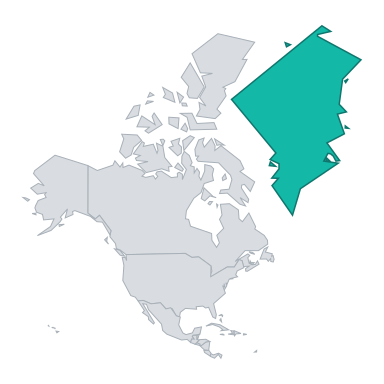 Greenland on a map of North America (Mercator projection)
{"feature_id": "GRL", "entity_name": "Greenland", "entity_type": "country or territory", "adm_level": 0, "iso_a3": "GRL", "parent_name": "North America", "parent_adm1": "", "projection": "mercator", "projection_center": [-41.68, 71.708], "detail": "coarse", "context": "in_parent", "style": "filled", "palette": "teal", "viewbox_px": 384, "rotation_deg": 0, "n_neighbors": 17, "source": "natural_earth", "source_scale": "50m", "svg_char_len": 8822}
<svg xmlns="http://www.w3.org/2000/svg" viewBox="0 0 384 384"><path d="M126.1,254.6L120.2,250.0L116.4,248.6L115.5,243.6L109.9,236.7L111.0,230.7L99.5,215.3L95.3,218.9L87.8,213.1L87.9,165.6L97.3,170.5L112.9,165.2L114.9,160.8L120.0,167.0L122.8,162.9L123.0,167.5L129.0,165.1L142.1,170.4L145.0,173.4L142.0,176.2L145.8,177.4L153.3,175.7L155.5,179.1L157.8,176.3L155.7,173.9L157.0,171.9L161.3,171.1L171.2,177.6L177.5,176.9L177.3,173.3L179.2,172.3L182.4,174.3L182.4,179.6L186.4,169.5L181.7,163.3L181.9,156.3L184.3,151.4L189.3,155.5L192.1,162.7L190.3,165.7L194.2,166.9L194.2,172.9L197.0,168.4L199.5,172.1L198.9,176.3L200.9,180.1L204.7,171.1L204.8,164.6L210.9,166.0L213.7,168.9L212.3,174.9L213.5,180.5L204.2,183.5L201.0,192.6L193.8,198.3L186.4,210.6L185.5,218.8L188.6,219.4L190.5,226.2L211.6,233.5L211.9,240.3L216.6,247.4L219.4,242.8L216.8,235.3L223.7,228.3L219.5,219.4L222.0,215.0L220.4,204.3L229.4,203.7L238.4,209.9L239.0,218.7L242.4,221.7L248.9,213.0L255.6,226.6L254.8,229.0L264.2,235.4L267.5,240.3L267.7,244.2L258.5,250.6L245.1,250.6L235.2,261.5L247.9,253.9L249.8,255.5L247.8,257.6L249.1,263.3L251.9,264.8L255.4,264.4L257.5,260.9L259.0,264.2L247.3,271.3L245.7,271.1L245.6,268.6L249.2,266.1L243.5,266.6L242.1,260.7L239.1,259.6L234.3,267.0L227.2,267.0L211.3,276.7L209.8,275.8L211.9,271.2L211.0,266.0L198.7,256.9L191.9,257.4L185.2,253.4L126.1,254.6ZM208.0,203.7L209.6,201.5L212.5,201.6L209.9,205.0L208.0,203.7ZM216.9,145.3L214.6,138.8L224.3,145.1L219.8,144.8L216.9,145.3ZM217.1,207.3L216.6,204.0L218.0,205.0L217.1,207.3ZM187.7,128.7L186.6,131.9L180.9,129.2L185.1,123.2L187.7,128.7ZM187.2,106.1L182.3,105.8L181.8,103.0L186.0,103.2L187.2,106.1ZM177.1,92.2L183.6,97.1L179.9,102.9L177.1,92.2ZM216.8,129.2L190.2,129.9L187.1,117.3L180.3,113.4L191.9,113.2L197.0,123.5L214.0,122.6L216.8,129.2ZM147.4,100.9L153.5,101.4L145.7,104.1L147.4,100.9ZM150.0,92.4L153.9,95.1L147.8,97.2L150.0,92.4ZM267.8,247.0L265.3,252.0L272.3,253.8L271.7,256.2L273.1,255.6L274.1,259.3L273.2,262.0L270.8,261.5L270.7,258.6L268.3,261.3L266.5,259.0L260.1,259.1L264.1,249.0L267.8,247.0ZM204.0,187.8L213.1,196.5L216.2,197.7L209.9,195.9L204.8,200.9L201.2,198.6L204.0,187.8ZM214.8,150.5L221.0,145.7L240.0,160.6L243.9,168.8L240.0,171.5L254.7,181.9L250.3,191.5L244.4,184.4L241.7,185.1L241.4,188.0L248.7,199.3L248.0,202.6L240.1,197.6L245.6,206.0L239.9,204.2L227.3,193.1L219.5,193.6L220.8,190.0L229.1,189.2L231.9,179.6L230.5,175.2L218.6,162.8L198.1,161.3L196.4,159.1L198.6,156.1L195.6,156.1L194.9,149.3L198.7,140.0L204.1,138.0L202.6,142.7L204.2,147.2L211.5,138.4L215.1,145.9L214.8,150.5ZM182.6,140.7L190.2,135.7L194.3,137.6L183.9,150.5L182.6,140.7ZM126.1,119.1L134.0,106.2L140.1,104.9L138.2,115.4L126.1,119.1ZM104.6,239.8L107.3,237.3L106.7,241.3L108.5,244.1L104.6,239.8ZM162.7,87.4L172.5,93.0L174.9,102.3L163.3,97.5L165.4,94.3L162.7,87.4ZM124.7,256.2L120.2,255.2L114.5,248.8L120.0,250.4L124.7,256.2ZM121.7,134.2L137.2,135.0L141.6,140.4L133.7,147.3L131.1,155.0L125.6,158.2L119.6,151.8L123.8,138.9L121.7,134.2ZM154.1,113.0L162.2,124.6L148.5,133.2L145.0,130.8L149.4,127.2L136.9,126.8L141.8,115.9L155.1,124.7L152.1,116.3L154.1,113.0ZM156.5,143.2L162.9,146.2L164.8,157.6L172.0,166.4L168.5,166.9L169.1,171.3L161.7,168.8L146.2,172.6L137.7,164.1L148.1,161.6L136.5,160.5L135.4,158.1L140.3,155.5L133.3,153.9L142.2,141.6L144.4,143.0L143.3,146.4L153.3,144.2L157.0,153.3L158.0,150.5L156.5,143.2ZM173.3,146.0L171.0,141.3L179.8,138.3L178.4,144.0L181.5,147.0L181.2,153.2L177.7,155.8L169.0,147.4L173.3,146.0ZM160.3,139.5L163.2,139.2L164.8,140.8L162.9,145.6L160.3,139.5ZM168.8,117.2L179.0,117.9L178.1,128.6L169.0,123.9L168.8,117.2ZM181.2,77.3L190.2,62.9L204.2,87.0L197.4,98.4L189.3,97.8L187.0,93.5L188.7,86.5L181.2,77.3ZM192.0,53.7L217.9,33.7L254.7,42.2L242.4,59.5L247.0,59.4L235.0,81.6L222.9,87.2L225.8,88.6L224.4,90.6L226.1,95.9L216.9,109.1L220.9,113.2L215.2,118.6L196.4,116.0L200.0,109.4L199.0,102.4L205.9,106.0L199.6,97.5L205.7,86.9L201.8,76.1L212.5,73.4L200.4,72.8L192.0,53.7ZM226.5,178.7L222.8,180.6L222.2,177.9L225.1,174.0L226.5,178.7ZM178.0,163.0L183.4,169.2L182.1,171.3L174.7,167.5L178.0,163.0ZM249.0,251.8L252.5,252.4L254.8,254.3L251.0,253.3L249.0,251.8ZM250.1,260.8L250.8,262.3L254.3,262.7L252.5,264.1L249.8,262.8L250.1,260.8Z" fill="#d9dde1" stroke="#a8b0b8" stroke-width="1"/><path d="M126.1,254.6L185.2,253.4L191.9,257.4L198.7,256.9L211.0,266.0L210.7,276.7L227.2,267.0L234.3,267.0L239.1,259.6L242.1,260.7L243.9,267.6L237.2,270.9L235.7,274.8L237.6,276.8L229.7,278.7L233.4,278.7L229.2,279.2L227.1,284.2L225.8,282.7L226.8,285.7L225.0,288.8L224.1,283.6L224.1,286.5L222.8,286.1L225.4,293.2L213.6,303.6L216.3,314.6L215.6,318.5L212.8,317.0L208.6,307.3L205.6,308.0L202.9,306.1L196.2,306.7L196.6,309.2L185.4,308.4L180.3,312.3L179.5,317.0L176.3,315.8L172.2,308.6L165.9,308.9L160.5,302.8L151.0,303.8L143.2,300.4L138.1,300.9L135.2,297.1L130.8,295.6L122.8,280.5L123.9,265.4L122.2,257.2L125.5,257.7L126.6,260.6L126.1,254.6ZM87.9,165.6L87.8,213.1L95.3,218.9L99.5,215.3L111.0,230.7L109.9,234.8L102.4,222.1L97.0,221.7L90.2,216.3L74.9,210.6L72.6,211.5L73.0,214.5L65.2,217.9L67.5,208.9L60.4,217.1L61.9,219.1L59.9,222.0L51.1,230.4L37.4,235.6L50.5,226.5L54.0,218.9L43.6,219.9L42.5,214.4L36.5,212.2L34.9,207.9L35.7,205.4L38.2,200.5L46.1,197.5L44.6,194.5L46.1,192.6L37.3,194.2L30.7,188.1L38.3,183.4L44.2,185.8L33.5,173.6L34.7,170.6L55.0,155.2L87.9,165.6ZM23.0,197.5L25.7,197.9L29.5,199.7L27.7,201.2L23.0,197.5ZM56.0,331.1L58.7,331.5L56.9,332.8L56.0,331.1ZM54.9,328.1L55.3,329.1L54.7,328.3L54.9,328.1ZM53.6,327.7L54.5,328.0L53.4,327.9L53.6,327.7ZM51.7,327.5L52.7,327.4L52.6,327.6L51.7,327.5ZM48.6,325.4L48.9,326.2L48.2,325.8L48.6,325.4ZM32.1,213.5L35.8,213.2L36.0,214.8L32.1,213.5ZM59.0,224.7L64.3,224.2L59.3,226.5L59.0,224.7Z" fill="#d9dde1" stroke="#a8b0b8" stroke-width="1"/><path d="M233.9,331.1L233.9,334.8L228.1,334.1L232.6,333.4L230.8,330.6L233.9,331.1Z" fill="#d9dde1" stroke="#a8b0b8" stroke-width="1"/><path d="M234.5,335.8L234.1,330.7L241.0,333.5L236.1,333.9L234.5,335.8Z" fill="#d9dde1" stroke="#a8b0b8" stroke-width="1"/><path d="M218.7,315.7L220.9,314.7L221.0,315.3L218.7,315.7ZM221.1,314.2L222.7,315.3L222.4,317.0L222.0,315.4L221.1,314.2ZM219.8,320.0L220.9,318.6L221.6,321.9L219.8,320.0Z" fill="#d9dde1" stroke="#a8b0b8" stroke-width="1"/><path d="M138.1,300.9L143.2,300.4L151.0,303.8L160.5,302.8L165.9,308.9L170.7,307.7L176.3,315.8L180.3,317.0L178.7,324.9L182.9,333.0L186.0,334.6L192.4,332.9L194.7,328.2L201.5,326.9L199.9,334.3L193.2,335.3L192.3,336.5L194.3,339.1L191.6,339.1L190.6,342.5L187.2,339.4L181.5,340.0L166.9,334.2L162.7,330.5L161.5,324.1L148.5,309.7L146.5,304.3L142.8,303.7L154.4,322.8L153.5,324.0L148.6,319.6L148.3,316.6L142.5,312.6L144.4,310.6L138.1,300.9Z" fill="#d9dde1" stroke="#a8b0b8" stroke-width="1"/><path d="M222.0,355.1L220.9,358.2L218.3,354.4L214.5,358.2L210.4,356.4L210.2,353.4L213.4,354.9L218.5,353.2L222.0,355.1Z" fill="#d9dde1" stroke="#a8b0b8" stroke-width="1"/><path d="M211.0,353.2L210.2,356.1L204.5,352.4L203.9,350.4L208.7,350.3L211.0,353.2Z" fill="#d9dde1" stroke="#a8b0b8" stroke-width="1"/><path d="M208.7,350.3L204.4,349.9L200.2,346.0L206.0,341.9L209.8,341.5L208.7,350.3Z" fill="#d9dde1" stroke="#a8b0b8" stroke-width="1"/><path d="M209.8,341.5L206.0,341.9L201.0,345.9L196.7,342.7L199.8,339.6L205.9,339.3L209.8,341.5Z" fill="#d9dde1" stroke="#a8b0b8" stroke-width="1"/><path d="M196.7,342.7L200.1,344.1L199.7,345.5L195.1,344.2L196.7,342.7Z" fill="#d9dde1" stroke="#a8b0b8" stroke-width="1"/><path d="M190.6,342.5L191.6,339.1L194.3,339.1L192.3,336.5L193.2,335.3L197.1,335.3L197.0,339.5L199.1,339.9L196.7,342.7L195.1,344.2L190.6,342.5Z" fill="#d9dde1" stroke="#a8b0b8" stroke-width="1"/><path d="M197.1,335.3L199.3,334.1L197.6,339.5L197.0,339.5L197.1,335.3Z" fill="#d9dde1" stroke="#a8b0b8" stroke-width="1"/><path d="M243.6,333.7L246.8,334.4L243.4,335.0L243.6,333.7Z" fill="#d9dde1" stroke="#a8b0b8" stroke-width="1"/><path d="M219.9,334.4L222.9,334.0L224.4,335.1L219.9,334.4Z" fill="#d9dde1" stroke="#a8b0b8" stroke-width="1"/><path d="M211.6,323.2L219.9,324.7L228.7,329.8L221.1,330.7L222.6,329.5L219.1,326.8L212.6,324.5L205.9,326.1L211.6,323.2Z" fill="#d9dde1" stroke="#a8b0b8" stroke-width="1"/><path d="M254.5,352.1L256.7,350.4L256.6,352.0L254.5,352.1Z" fill="#d9dde1" stroke="#a8b0b8" stroke-width="1"/><path d="M321.9,25.8L330.7,31.4L317.6,34.5L317.5,36.3L361.0,59.8L342.6,79.1L339.2,104.3L346.4,111.9L337.4,114.1L344.4,133.8L326.9,142.9L339.7,160.6L335.9,161.1L333.3,156.1L330.5,153.8L327.9,153.4L323.8,161.1L338.2,163.2L300.4,188.7L292.5,215.2L272.0,185.6L278.4,178.3L271.8,178.1L279.0,168.9L279.0,163.7L270.1,159.5L275.9,153.0L231.5,99.4L321.9,25.8ZM270.4,161.9L275.6,166.3L269.3,165.6L270.4,161.9ZM326.8,158.1L329.8,161.0L325.9,160.8L326.8,158.1ZM290.4,44.7L286.5,46.8L285.2,42.7L290.4,44.7ZM348.2,78.9L345.7,82.6L344.7,81.0L348.2,78.9ZM345.3,125.9L348.4,128.3L345.2,128.0L345.3,125.9Z" fill="#14b8a6" stroke="#0f766e" stroke-width="1.5"/></svg>